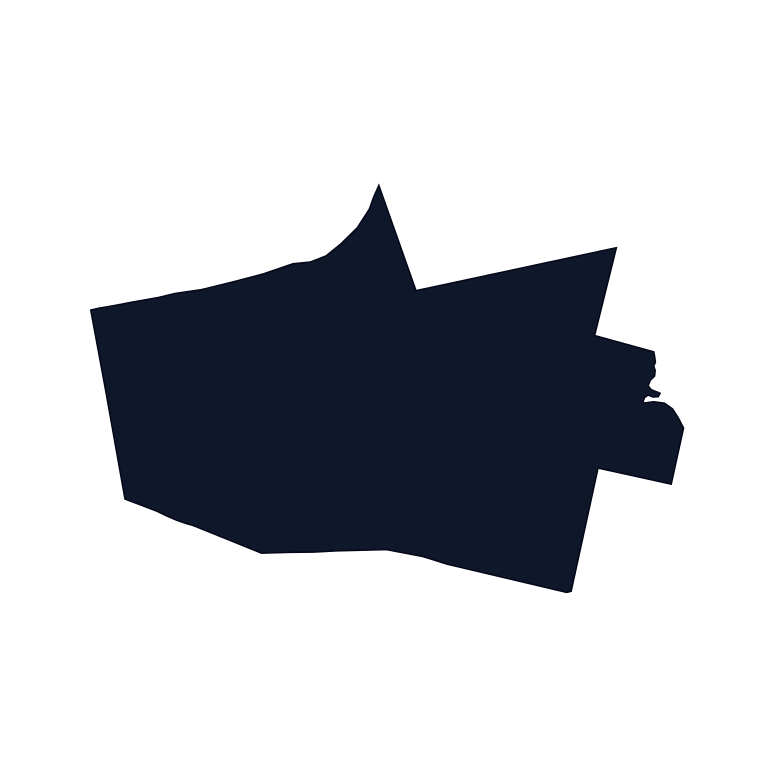 outline of Ta Khmau, Kândal, Cambodia, rotated 283°
{"feature_id": "14789045B91886008467417", "entity_name": "Ta Khmau", "entity_type": "district", "adm_level": 2, "iso_a3": "KHM", "parent_name": "Cambodia", "parent_adm1": "Kândal", "projection": "natural_earth1", "projection_center": [104.946, 11.457], "detail": "fine", "context": "isolated", "style": "filled", "palette": "ink", "viewbox_px": 768, "rotation_deg": 283, "n_neighbors": 0, "source": "geoboundaries", "source_scale": "gbopen_adm2", "svg_char_len": 913}
<svg xmlns="http://www.w3.org/2000/svg" viewBox="0 0 768 768"><g transform="rotate(283 384 384)"><path d="M408.5,685.8L417.4,678.2L424.7,670.7L428.4,661.6L427.4,650.7L423.5,640.4L429.4,640.9L432.6,643.8L431.8,649.2L433.3,654.1L437.1,655.1L438.6,645.7L441.6,641.8L447.5,642.6L452.6,645.9L458.3,645.2L462.1,642.8L466.2,643.6L472.1,641.4L476.0,639.6L478.6,578.3L569.1,579.8L564.3,569.5L482.2,394.2L576.4,334.3L563.4,331.8L551.3,330.4L530.2,322.8L510.9,310.5L495.8,298.7L486.3,284.8L480.7,268.2L463.9,241.2L448.9,212.6L435.0,185.1L425.1,159.7L417.6,144.8L407.7,121.4L400.3,104.7L393.6,88.8L390.1,81.6L313.0,115.1L213.6,157.5L210.0,184.0L208.9,191.5L206.6,201.7L204.6,212.5L203.5,222.9L203.2,229.5L191.6,302.7L198.5,329.1L204.4,353.4L210.5,374.5L221.8,418.3L223.2,424.0L224.6,460.7L222.6,486.2L222.0,608.9L224.1,613.0L350.2,611.5L351.0,686.4L408.5,685.8Z" fill="#0f172a" stroke="#020617" stroke-width="1.5"/></g></svg>